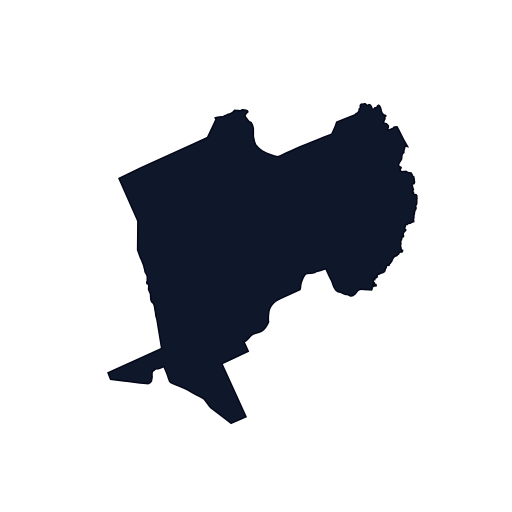 Ou Chrov, Bântéay Méanchey, Cambodia, rotated 246°
{"feature_id": "14789045B98105174754814", "entity_name": "Ou Chrov", "entity_type": "district", "adm_level": 2, "iso_a3": "KHM", "parent_name": "Cambodia", "parent_adm1": "Bântéay Méanchey", "projection": "albers", "projection_center": [102.796, 13.654], "detail": "fine", "context": "isolated", "style": "filled", "palette": "ink", "viewbox_px": 512, "rotation_deg": 246, "n_neighbors": 0, "source": "geoboundaries", "source_scale": "gbopen_adm2", "svg_char_len": 6166}
<svg xmlns="http://www.w3.org/2000/svg" viewBox="0 0 512 512"><g transform="rotate(246 256 256)"><path d="M350.6,412.1L350.0,412.4L349.5,412.0L348.7,411.1L348.3,410.0L347.3,409.6L346.8,409.2L346.1,408.2L345.5,407.5L345.3,405.0L344.7,404.4L345.5,384.2L342.0,380.9L336.5,374.8L337.0,366.2L337.1,361.5L337.3,355.9L337.5,350.8L337.6,347.3L337.9,340.3L337.9,336.5L337.8,331.6L337.9,325.8L337.6,319.8L337.8,316.3L339.7,313.7L342.2,311.0L345.6,307.5L349.6,304.3L353.7,302.2L357.7,300.9L361.1,301.1L366.3,302.2L369.8,303.8L373.8,305.5L376.9,306.0L379.7,305.9L381.7,304.3L383.9,303.7L387.1,303.0L388.7,302.9L390.3,305.1L391.0,307.2L392.3,307.1L393.0,306.3L393.7,305.6L394.0,304.8L394.9,303.7L395.1,303.2L395.2,301.9L394.9,301.0L395.7,299.6L396.2,299.0L396.7,297.7L397.1,296.8L397.8,295.9L397.6,295.2L397.1,294.2L396.6,292.5L396.5,290.6L396.5,289.4L396.9,287.7L396.7,286.1L396.5,285.3L396.9,284.7L396.8,283.7L396.6,282.7L396.9,281.8L397.2,281.0L397.3,280.3L397.8,279.8L397.9,278.8L398.4,277.3L398.7,275.8L398.8,274.9L398.2,274.8L397.6,275.2L397.0,275.0L384.0,259.9L383.8,244.2L383.4,186.6L382.6,162.4L336.0,162.3L309.7,150.3L305.6,150.0L304.2,149.9L301.5,149.7L299.1,149.8L295.0,149.6L293.1,149.5L289.1,148.8L287.6,148.4L286.0,148.2L284.1,148.5L281.8,148.4L279.9,147.7L278.6,147.0L277.4,146.6L276.7,145.6L275.2,145.1L274.7,145.7L273.7,146.2L272.1,145.8L270.9,145.1L269.1,144.2L266.4,144.2L264.1,144.1L259.1,142.2L256.8,142.0L254.6,142.9L252.8,143.0L250.3,142.5L248.0,141.8L245.9,141.4L243.7,140.7L241.7,140.1L239.8,139.9L239.2,139.9L209.9,132.2L209.5,73.3L202.5,73.0L195.1,85.2L193.6,87.9L187.5,97.8L183.2,105.6L183.4,108.0L184.3,109.6L187.7,111.9L189.9,112.7L191.0,113.2L191.7,113.8L192.5,114.0L192.9,114.7L192.8,115.4L193.0,116.4L193.6,117.6L193.5,119.0L192.7,121.0L192.5,123.4L192.5,126.9L185.7,126.8L182.6,126.6L180.0,126.3L176.8,126.1L175.1,126.6L172.8,128.6L170.2,131.1L164.5,136.5L161.5,139.1L157.4,142.0L153.7,144.8L150.9,147.1L146.9,150.2L143.9,151.0L138.0,152.3L135.9,152.9L121.3,160.9L113.3,165.2L113.2,181.5L171.5,181.0L172.1,210.2L182.8,210.1L182.5,211.8L183.1,213.9L184.0,216.1L185.2,218.7L185.8,221.4L185.6,224.0L185.3,226.0L185.0,228.7L185.1,230.8L185.6,232.9L186.3,234.6L187.3,236.3L188.1,237.5L188.9,238.7L190.7,240.7L192.4,241.2L195.3,242.5L198.1,244.0L200.8,245.7L202.8,247.6L204.5,249.9L205.4,251.7L206.2,253.6L206.7,255.3L207.0,257.4L207.1,259.3L207.2,261.2L207.4,282.5L208.7,283.6L211.7,285.3L213.7,286.9L214.8,288.0L216.0,289.2L217.0,290.3L217.9,291.5L218.7,292.7L219.3,294.0L219.3,294.9L218.8,296.9L217.9,299.1L217.4,300.8L217.0,303.0L217.3,304.7L216.6,308.2L216.4,310.2L216.0,314.7L215.4,314.6L207.1,314.7L202.4,315.0L196.4,314.5L192.3,315.0L189.9,316.4L188.5,318.5L186.2,320.4L184.6,322.0L183.4,324.1L180.9,326.2L180.4,328.3L181.0,331.1L182.1,333.2L183.1,335.0L183.2,337.4L182.3,339.6L180.9,342.1L179.7,344.6L178.8,346.2L178.0,347.8L178.8,348.8L179.6,348.9L180.1,349.2L180.5,350.5L180.4,351.1L180.5,351.8L180.2,352.6L179.9,353.6L180.5,354.0L181.5,353.7L181.8,353.2L182.0,352.5L181.7,351.8L182.6,351.3L182.8,352.6L183.3,353.2L184.3,352.8L185.1,352.7L185.9,353.3L186.4,353.8L186.5,354.4L186.1,354.9L186.6,355.2L187.3,355.1L188.2,355.3L187.9,355.9L187.3,356.3L187.3,357.7L188.1,358.5L189.1,358.7L189.5,359.5L189.5,360.3L189.3,361.0L189.4,361.6L189.6,362.7L189.4,363.7L189.2,365.1L189.4,366.0L189.5,367.1L191.2,368.7L192.2,369.6L192.4,370.2L193.0,370.5L193.6,371.0L193.9,371.4L194.0,372.0L193.8,372.8L193.5,373.4L193.6,374.1L194.2,374.4L194.7,374.9L194.8,375.8L195.6,377.0L195.9,377.8L196.4,378.1L196.8,378.7L197.5,379.2L197.8,379.9L198.6,380.8L199.2,382.5L199.7,383.2L199.1,383.5L199.1,384.7L199.3,385.3L199.7,386.0L199.7,386.9L200.3,387.6L200.9,388.4L200.9,389.7L200.6,390.2L200.3,390.8L200.4,391.4L201.0,391.7L201.5,392.2L201.9,391.7L202.5,391.4L203.1,391.4L204.4,391.7L205.8,392.1L207.2,392.3L208.0,393.3L209.1,393.6L210.7,394.3L211.4,394.7L211.6,395.6L212.2,395.8L212.8,396.4L213.7,396.4L213.9,397.0L213.6,398.3L214.2,399.0L215.2,399.0L216.6,399.6L217.6,400.8L218.4,403.0L219.0,403.5L219.6,403.2L220.2,402.7L220.8,402.8L221.2,403.3L222.1,404.3L223.3,404.6L223.6,405.3L223.3,406.7L223.4,407.5L223.9,408.2L223.6,409.1L223.3,409.8L223.2,410.7L223.4,411.7L223.4,413.1L223.2,414.1L223.9,414.4L224.7,414.4L225.8,415.1L226.5,415.4L227.1,416.1L228.5,416.4L229.4,417.3L230.2,417.9L231.1,418.4L231.7,418.5L232.1,419.2L232.9,419.6L233.3,420.2L233.8,421.1L234.5,421.6L235.2,421.9L236.0,421.8L237.0,422.4L237.4,422.9L237.9,423.6L239.0,424.4L240.9,425.3L242.1,425.6L242.6,426.2L243.3,426.6L244.9,427.0L245.6,427.5L246.8,427.2L247.4,426.5L247.5,426.0L248.1,425.4L249.3,425.0L249.6,425.5L250.2,425.8L251.0,425.0L251.8,425.5L252.2,426.1L252.4,426.7L253.1,427.0L254.0,426.8L254.7,427.1L255.5,427.0L256.1,427.4L256.9,427.4L258.1,427.6L258.3,428.5L257.9,429.1L257.8,429.8L258.6,430.6L259.4,431.1L260.0,431.1L260.8,431.4L262.6,432.0L263.4,431.9L264.1,432.3L264.6,431.7L265.3,431.6L266.1,431.7L267.1,431.6L267.9,431.6L268.7,431.5L269.1,431.0L269.7,429.8L270.1,429.4L270.5,428.7L272.2,427.6L272.6,426.8L272.9,425.8L273.4,424.5L273.4,423.8L274.4,422.9L275.3,422.7L276.5,422.8L277.5,424.5L278.4,424.4L278.8,423.7L279.8,423.3L281.0,423.0L282.0,423.8L282.8,424.8L283.7,426.0L284.4,427.1L285.0,428.1L286.1,428.9L287.1,429.4L288.4,430.2L289.5,431.0L290.0,432.0L290.3,433.1L291.9,433.9L293.2,434.8L294.2,435.7L295.2,436.4L295.8,437.0L294.3,439.0L302.0,438.2L306.0,438.0L312.8,437.7L316.7,437.4L317.0,436.4L317.3,435.6L317.6,434.5L316.9,433.6L317.0,432.7L317.0,431.4L316.9,430.1L317.1,429.0L317.2,428.1L318.0,427.5L318.8,428.3L319.7,429.2L321.1,429.9L322.2,429.5L323.8,428.9L324.8,427.7L325.3,426.6L326.3,426.8L327.1,427.7L328.1,428.5L328.7,429.4L329.3,429.9L330.7,429.9L331.1,431.6L332.2,431.2L332.9,430.0L334.4,429.6L335.3,429.3L336.2,429.4L337.6,429.4L338.9,429.8L340.4,430.0L341.7,430.1L343.1,429.8L343.9,429.3L343.7,428.2L342.9,427.1L342.6,426.2L342.8,425.4L343.1,424.8L342.3,423.6L342.4,422.6L343.5,421.7L344.6,422.1L345.8,422.2L346.2,421.6L346.8,421.9L347.8,421.6L348.3,420.8L348.2,419.9L348.2,419.3L348.4,418.7L349.4,418.3L350.5,417.8L351.1,416.9L351.1,415.8L351.9,414.0L351.6,413.2L351.3,412.7L350.6,412.1Z" fill="#0f172a" stroke="#020617" stroke-width="1.5"/></g></svg>